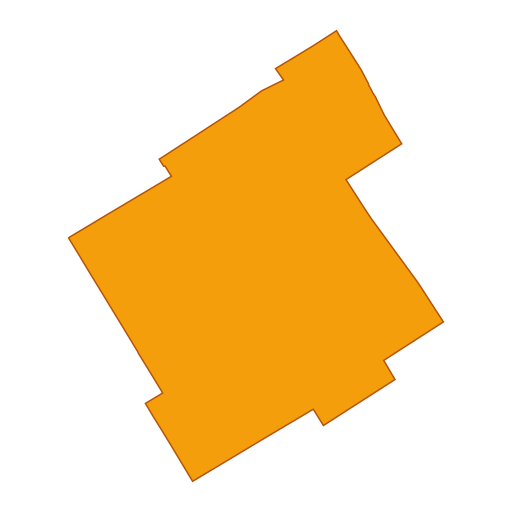 Almirante Brown, Buenos Aires, Argentina (Robinson projection)
{"feature_id": "61730980B85315219245745", "entity_name": "Almirante Brown", "entity_type": "district", "adm_level": 2, "iso_a3": "ARG", "parent_name": "Argentina", "parent_adm1": "Buenos Aires", "projection": "robinson", "projection_center": [-58.367, -34.832], "detail": "fine", "context": "isolated", "style": "filled", "palette": "amber", "viewbox_px": 512, "rotation_deg": 0, "n_neighbors": 0, "source": "geoboundaries", "source_scale": "gbopen_adm2", "svg_char_len": 725}
<svg xmlns="http://www.w3.org/2000/svg" viewBox="0 0 512 512"><path d="M152.2,375.7L162.7,393.0L145.4,403.4L153.0,416.2L158.7,425.3L170.9,445.2L192.6,481.3L268.7,435.7L313.3,409.2L323.4,425.5L395.0,379.5L383.7,360.4L443.4,321.9L435.1,309.2L418.5,283.4L370.8,218.0L360.8,202.7L346.0,179.6L401.7,143.8L384.1,114.8L377.0,100.2L375.3,96.5L374.1,95.0L373.1,93.4L372.1,91.4L368.6,84.9L368.6,84.0L361.1,69.7L345.1,44.5L340.4,37.3L337.3,32.1L336.5,30.7L313.1,45.8L275.5,68.6L283.5,80.0L261.6,90.8L239.1,107.3L159.2,159.2L163.6,166.2L165.0,166.0L171.4,176.3L110.1,212.8L69.6,237.1L68.6,238.0L78.8,254.7L86.8,268.0L110.3,306.6L128.9,337.1L137.9,352.0L138.1,352.8L152.2,375.7Z" fill="#f59e0b" stroke="#b45309" stroke-width="1.5"/></svg>